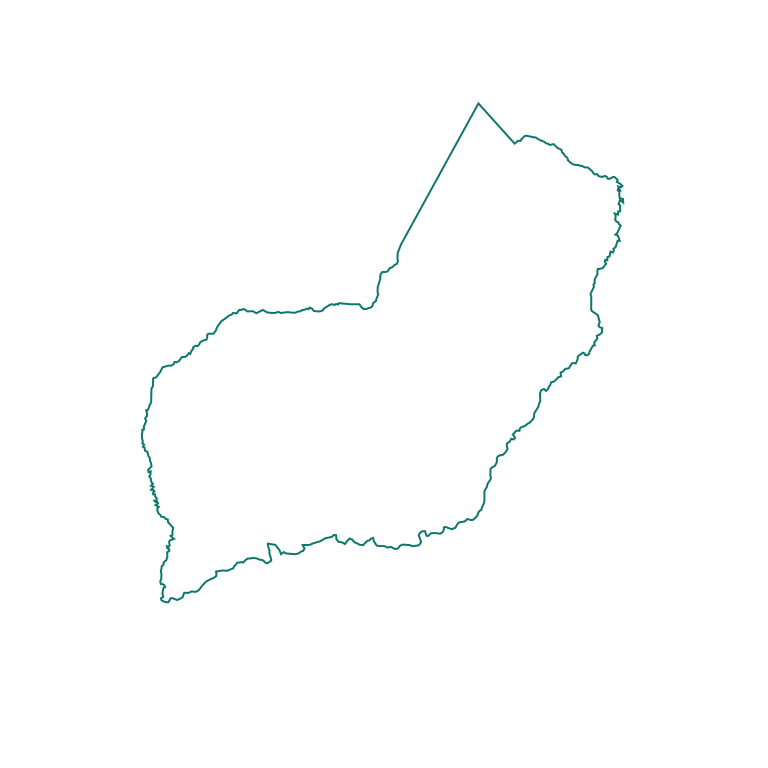 Santa Filomena, Piauí, Brazil (Albers equal-area conic projection), rotated 228°
{"feature_id": "56859067B19704876429785", "entity_name": "Santa Filomena", "entity_type": "district", "adm_level": 2, "iso_a3": "BRA", "parent_name": "Brazil", "parent_adm1": "Piauí", "projection": "albers", "projection_center": [-45.687, -8.973], "detail": "fine", "context": "isolated", "style": "outline", "palette": "teal", "viewbox_px": 768, "rotation_deg": 228, "n_neighbors": 0, "source": "geoboundaries", "source_scale": "gbopen_adm2", "svg_char_len": 6141}
<svg xmlns="http://www.w3.org/2000/svg" viewBox="0 0 768 768"><g transform="rotate(228 384 384)"><path d="M332.6,655.0L337.7,657.1L340.1,655.9L340.1,658.3L343.4,665.9L345.6,665.6L347.5,666.2L349.4,665.4L351.5,665.8L353.7,668.5L356.3,669.6L353.3,671.3L355.6,673.5L354.3,675.0L359.0,679.0L360.7,678.7L362.8,682.6L358.8,683.2L361.6,685.4L364.4,683.5L367.4,685.5L369.3,687.8L371.5,687.2L372.4,688.6L370.6,689.2L374.0,690.3L371.6,692.0L371.6,693.7L374.8,693.5L378.4,692.3L379.2,694.1L381.9,694.0L383.8,693.7L384.8,692.2L385.5,688.9L386.9,687.6L388.5,688.2L390.3,687.7L391.3,686.6L391.6,684.9L394.8,682.6L397.5,682.8L398.7,680.9L400.6,680.6L402.5,681.1L408.7,680.3L410.5,678.2L413.5,677.1L415.4,675.4L416.8,674.9L419.1,672.4L422.7,670.8L427.2,670.4L428.5,671.2L430.1,671.5L432.6,671.0L434.7,671.7L437.0,671.3L439.1,672.5L441.1,672.0L442.9,670.9L448.7,670.6L450.7,667.2L453.1,666.5L454.5,665.4L456.8,665.2L460.8,663.1L465.9,661.6L467.3,660.2L472.7,656.4L474.1,654.7L474.0,650.1L473.2,648.1L475.0,646.5L475.2,641.9L529.3,641.9L476.2,489.7L472.2,481.8L467.8,477.6L465.7,476.3L464.6,473.6L465.4,472.0L465.3,468.5L466.3,465.4L465.4,462.9L465.6,461.1L468.5,457.2L467.7,454.9L466.7,453.3L464.7,451.7L460.1,444.0L456.4,440.6L454.2,439.4L452.6,435.6L451.1,433.7L451.4,430.2L450.0,428.1L449.5,426.1L451.9,420.4L453.2,419.2L455.7,418.6L459.7,419.1L465.3,412.8L474.2,404.6L473.8,403.0L475.6,402.0L475.7,400.2L477.9,399.0L479.0,397.1L480.3,389.5L479.6,387.8L480.4,385.7L482.1,383.5L485.1,380.8L488.2,380.9L490.5,379.9L490.0,378.0L491.7,377.0L492.2,374.9L493.5,373.0L494.2,370.0L495.5,368.6L496.1,366.2L497.7,364.2L502.0,360.4L505.9,354.7L508.3,353.8L509.9,350.3L512.4,347.7L515.3,345.1L520.1,343.5L522.0,336.5L525.8,335.3L529.5,330.9L531.7,330.7L533.8,329.7L534.6,327.4L535.9,326.1L535.1,321.7L537.8,319.4L537.5,317.2L538.7,314.3L538.6,312.1L539.5,305.3L538.0,298.3L536.1,294.3L535.5,291.1L538.9,287.0L538.7,285.3L537.2,284.2L535.8,281.9L537.4,278.5L538.0,275.2L537.0,273.1L537.0,270.6L538.5,269.6L539.0,266.8L537.8,265.6L537.5,263.3L536.0,260.0L537.5,259.8L536.9,255.5L537.8,253.4L539.3,251.8L538.2,246.9L539.0,244.2L540.6,243.1L539.7,241.4L539.6,239.7L540.4,237.7L542.1,235.8L544.6,230.5L542.7,225.9L541.4,219.1L542.7,216.7L541.9,215.2L540.5,214.4L539.5,213.0L537.1,211.0L536.1,208.0L526.8,199.3L525.5,197.3L525.2,195.5L523.9,194.0L522.8,191.0L523.6,189.7L521.3,188.6L518.8,186.4L518.2,183.3L515.8,182.8L513.0,177.0L510.9,175.2L511.7,173.7L510.1,172.6L509.2,171.0L505.7,167.9L502.7,166.4L501.5,164.6L499.4,165.1L498.6,162.8L497.0,163.5L494.4,161.8L492.0,162.8L488.3,160.8L485.9,160.5L484.0,159.1L480.4,157.5L478.4,156.2L477.9,151.1L475.9,150.1L475.1,152.1L472.9,149.6L472.2,147.6L469.9,147.5L466.7,145.4L464.4,145.5L464.3,142.7L461.7,144.1L461.1,140.2L459.5,141.7L457.7,141.5L457.9,139.8L456.4,138.6L455.1,140.0L453.3,138.6L450.9,138.6L449.8,137.1L451.0,135.3L449.2,135.2L448.0,136.7L446.4,136.1L446.8,133.2L443.3,134.4L443.3,132.3L441.6,130.9L439.1,129.9L436.6,130.2L434.6,129.6L432.5,131.4L429.6,131.6L428.1,132.7L425.9,131.1L418.0,131.1L416.7,128.8L413.4,125.8L413.9,123.7L409.4,124.3L411.1,120.1L410.4,118.6L407.5,116.8L407.2,115.1L408.7,114.1L407.0,113.1L405.0,113.8L403.6,112.7L404.1,110.3L400.4,107.3L398.6,103.9L399.0,102.4L398.5,100.3L397.1,99.0L397.3,96.8L395.8,95.4L394.7,93.3L391.4,91.2L387.9,87.7L387.1,85.7L384.7,84.3L383.0,85.8L381.3,86.1L379.6,85.5L380.0,83.8L376.5,78.9L374.6,78.4L373.5,77.2L374.1,74.9L372.0,73.9L367.9,75.7L366.1,77.8L367.5,82.0L366.6,83.4L361.8,85.8L360.2,91.4L362.5,95.8L359.5,99.1L358.5,102.4L356.6,103.8L355.2,105.7L354.7,108.6L355.8,113.9L356.2,119.6L354.9,125.1L354.0,127.0L353.5,130.6L354.8,132.3L357.0,133.7L353.4,139.3L350.2,142.4L347.9,148.6L348.9,150.7L348.9,153.2L349.5,155.1L347.1,158.7L345.5,160.2L345.8,163.5L345.4,166.1L343.2,168.6L342.7,170.0L339.5,172.8L337.5,173.5L334.2,176.0L330.1,176.5L328.7,177.6L328.2,182.0L329.5,183.1L334.5,185.2L336.6,187.3L341.6,189.6L343.1,190.9L337.2,195.6L330.6,195.2L326.5,193.6L326.1,197.1L323.7,197.8L317.0,204.0L315.2,207.3L314.9,210.6L314.1,212.2L314.9,214.8L318.7,215.8L314.1,221.2L313.0,224.8L309.9,231.1L308.6,237.2L305.3,242.9L305.3,245.8L303.7,247.2L300.5,244.8L297.2,244.6L294.4,246.8L291.2,247.9L292.0,251.6L292.2,254.9L289.6,256.3L286.1,256.1L284.2,257.2L280.7,258.4L278.3,260.5L278.6,266.4L277.6,268.6L277.8,271.1L276.9,272.9L273.6,271.1L268.7,270.5L267.0,271.8L263.5,275.6L261.7,276.7L260.2,277.0L258.4,280.1L253.9,281.8L252.5,284.1L253.1,287.8L252.2,290.3L247.1,295.4L244.7,296.3L241.4,301.0L240.9,302.5L241.6,305.8L248.5,308.7L249.3,311.9L248.9,313.9L247.2,316.0L243.0,314.0L241.6,315.0L241.6,319.0L239.7,321.6L235.2,325.6L234.6,328.7L235.8,331.0L237.3,332.5L236.5,334.2L230.8,337.1L229.4,341.0L230.6,344.0L231.0,347.0L227.8,352.1L227.9,355.6L224.6,357.7L223.4,359.5L223.6,364.9L225.5,368.6L225.7,370.2L225.4,372.4L226.6,373.9L228.6,378.7L230.5,381.0L237.1,386.8L238.8,391.7L240.5,394.1L241.7,399.0L242.6,400.5L245.2,402.2L249.6,406.2L249.7,408.7L248.9,411.5L250.2,415.0L251.1,416.3L253.3,418.1L254.0,419.9L253.5,422.3L251.8,425.1L252.0,428.9L253.0,432.3L256.6,434.4L257.5,435.6L257.1,438.8L258.1,441.9L255.9,443.4L256.3,445.4L260.3,446.0L260.8,451.2L258.6,453.3L259.9,455.0L260.2,456.5L258.6,460.5L258.3,464.5L257.8,466.4L258.1,471.0L259.1,473.3L261.7,476.1L263.8,483.5L265.0,485.0L266.7,488.7L272.6,493.6L274.2,496.9L273.2,499.6L270.3,499.8L270.6,502.7L271.6,504.3L271.9,506.6L273.4,509.3L272.2,511.6L272.0,513.9L272.4,518.1L271.2,520.7L274.4,522.9L273.5,525.0L273.9,528.8L272.0,531.9L273.7,537.4L272.4,539.2L271.0,540.2L272.6,544.1L274.7,546.4L274.7,548.4L274.2,552.8L272.7,553.4L271.1,552.9L269.5,553.9L269.2,556.6L270.4,558.2L272.7,564.9L271.7,566.5L274.2,568.1L275.0,572.8L277.4,574.4L276.4,577.6L276.4,580.3L279.5,583.6L281.7,582.3L283.9,582.4L285.6,585.7L292.1,589.0L299.0,587.3L300.5,587.6L310.2,596.5L312.7,597.6L315.8,605.1L317.7,606.2L318.3,608.6L320.0,609.6L320.9,610.9L322.8,616.2L325.1,618.0L326.4,619.8L325.4,621.0L323.8,624.1L324.7,629.5L327.3,630.0L328.2,631.5L326.5,632.7L328.8,634.9L327.9,636.9L330.8,640.9L328.6,642.0L329.2,643.9L331.0,645.0L330.7,647.6L334.1,653.4L332.6,655.0Z" fill="none" stroke="#0f766e" stroke-width="2"/></g></svg>